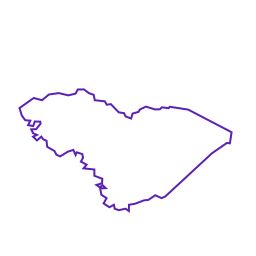 Austin, Texas, United States of America (Albers equal-area conic projection), rotated 146°
{"feature_id": "52423323B73481023135249", "entity_name": "Austin", "entity_type": "district", "adm_level": 2, "iso_a3": "USA", "parent_name": "United States of America", "parent_adm1": "Texas", "projection": "albers", "projection_center": [-96.191, 29.849], "detail": "fine", "context": "isolated", "style": "outline", "palette": "violet", "viewbox_px": 256, "rotation_deg": 146, "n_neighbors": 0, "source": "geoboundaries", "source_scale": "gbopen_adm2", "svg_char_len": 1208}
<svg xmlns="http://www.w3.org/2000/svg" viewBox="0 0 256 256"><g transform="rotate(146 128 128)"><path d="M165.8,195.6L174.9,200.0L183.7,199.1L189.4,205.6L206.8,205.2L209.1,197.6L208.8,191.9L204.9,188.7L209.2,186.2L205.5,182.6L201.6,185.5L197.2,182.3L198.0,180.5L204.8,178.4L209.0,181.0L209.6,176.8L207.4,173.2L211.5,173.9L210.4,168.6L204.7,169.3L204.6,166.0L202.7,163.0L205.5,157.6L201.8,150.0L202.3,145.8L200.1,142.4L191.1,142.0L185.6,140.4L186.6,134.9L184.1,136.5L180.5,131.9L181.9,128.5L185.8,126.5L182.9,120.7L187.4,119.4L179.1,112.4L182.6,107.2L177.7,100.3L180.4,96.7L186.0,98.4L184.5,94.7L181.0,94.8L180.1,90.6L184.8,93.5L187.4,87.6L185.0,81.8L190.4,79.1L187.7,72.7L182.6,72.2L184.2,68.6L181.6,65.0L175.2,62.5L173.7,58.7L170.1,63.8L164.6,61.3L155.3,59.1L151.3,57.0L143.0,57.0L139.4,51.1L135.3,50.4L72.5,60.1L54.3,60.3L52.1,58.3L44.5,66.6L58.6,92.6L67.8,109.6L81.5,122.2L83.3,121.7L88.3,126.2L91.1,125.7L95.2,128.3L101.2,135.7L107.7,136.7L110.3,135.5L116.2,137.4L120.1,134.1L123.5,138.9L123.0,142.5L126.9,146.2L128.9,157.4L132.6,159.2L132.3,163.1L140.0,169.6L137.9,174.7L141.0,178.9L142.9,184.6L148.1,188.0L152.3,185.8L159.3,188.5L165.8,195.6Z" fill="none" stroke="#5b21b6" stroke-width="2"/></g></svg>